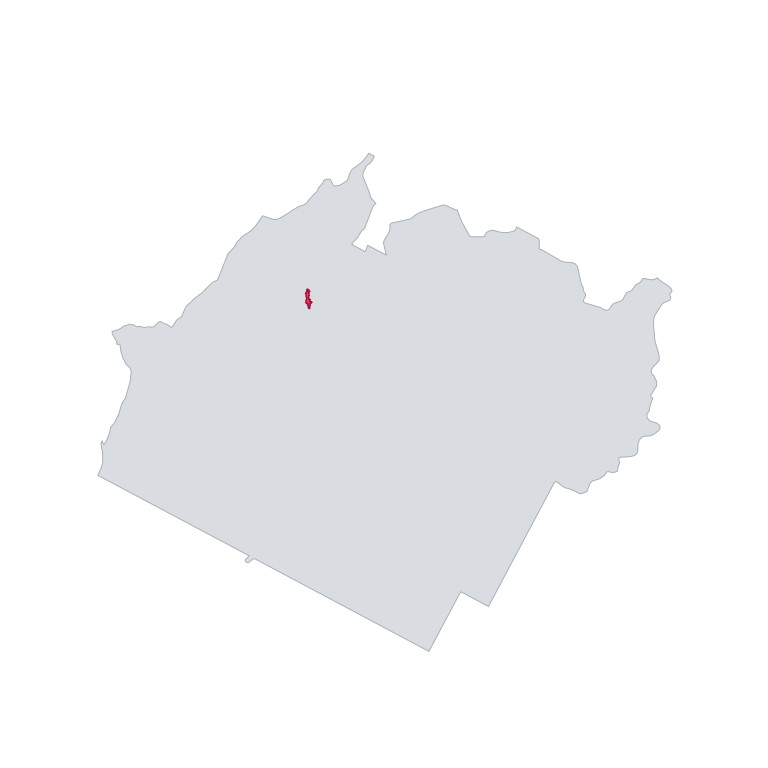 location of Medani Al Kubra, Gezira, Sudan, rotated 208°
{"feature_id": "16777658B51514444411297", "entity_name": "Medani Al Kubra", "entity_type": "district", "adm_level": 2, "iso_a3": "SDN", "parent_name": "Sudan", "parent_adm1": "Gezira", "projection": "mercator", "projection_center": [33.605, 14.33], "detail": "fine", "context": "in_parent", "style": "filled", "palette": "rose", "viewbox_px": 768, "rotation_deg": 208, "n_neighbors": 0, "source": "geoboundaries", "source_scale": "gbopen_adm2", "svg_char_len": 5357}
<svg xmlns="http://www.w3.org/2000/svg" viewBox="0 0 768 768"><g transform="rotate(208 384 384)"><path d="M505.8,580.6L499.9,580.6L499.2,579.2L499.3,575.3L500.0,572.4L502.1,567.8L501.6,565.3L501.9,561.7L500.4,557.6L486.2,545.7L483.5,542.5L475.9,539.5L477.2,536.1L474.1,511.8L475.6,509.0L476.0,504.8L476.0,501.0L477.8,494.8L478.0,492.1L463.0,491.9L462.8,494.6L463.5,497.6L463.5,498.8L442.5,498.9L450.9,508.5L451.3,512.6L450.8,517.9L450.9,521.2L451.4,523.4L453.6,527.7L453.5,528.5L453.0,529.5L438.1,542.2L435.6,548.0L433.7,551.1L429.3,556.3L415.8,569.8L413.6,570.7L403.2,571.2L402.2,571.5L401.4,572.1L401.0,572.0L392.1,564.1L377.2,554.5L367.4,559.5L364.7,561.3L364.7,565.9L363.2,568.2L360.5,570.8L353.3,572.4L349.5,573.8L345.0,576.4L340.5,580.7L340.2,582.9L340.7,584.9L315.6,584.9L314.0,583.3L310.3,576.1L307.8,576.6L284.9,575.7L281.6,576.5L275.1,579.4L271.8,579.9L268.4,578.6L256.3,564.5L253.7,562.8L251.0,559.4L248.4,558.0L247.6,556.9L247.3,555.4L247.4,552.3L246.5,550.4L244.6,549.9L228.5,553.2L226.1,552.8L222.7,553.4L221.6,554.0L220.2,555.8L220.0,559.7L219.6,561.6L218.3,563.7L213.7,568.5L212.7,570.6L212.9,575.9L212.6,578.5L211.9,579.7L209.9,581.8L209.2,582.9L208.4,589.6L205.8,593.7L205.3,595.1L205.1,598.1L204.7,599.0L197.4,601.3L194.7,602.8L193.0,605.1L192.6,606.0L189.4,605.2L185.5,604.6L177.8,603.9L174.8,602.8L173.3,601.2L173.8,597.2L173.0,596.3L171.8,595.6L171.0,593.8L171.2,591.7L175.2,587.0L176.0,584.5L177.1,572.7L176.8,569.1L173.6,562.4L166.2,551.0L164.5,548.7L155.3,539.3L154.2,537.9L152.0,533.9L154.4,525.1L154.6,522.7L153.9,520.2L151.6,518.3L149.6,518.1L146.8,515.8L145.1,514.7L143.5,512.7L142.4,509.8L143.2,499.4L142.6,498.1L140.3,497.7L139.8,496.9L139.8,495.0L138.6,489.1L137.2,484.2L137.9,481.5L136.0,477.8L132.2,476.2L124.9,477.4L122.6,477.2L121.0,476.6L119.9,475.2L119.3,473.6L119.9,471.2L121.9,466.8L124.5,463.2L129.8,459.9L131.2,458.1L132.0,456.2L132.2,453.9L131.8,451.5L131.2,449.4L129.7,446.5L128.2,443.2L128.2,440.9L128.9,439.3L130.3,437.3L135.6,433.5L140.9,430.3L141.8,429.1L141.5,427.8L139.0,425.2L138.3,420.0L136.9,416.5L139.6,413.8L141.6,412.8L144.8,412.0L146.0,410.9L146.4,408.7L146.3,406.7L147.4,405.1L148.9,401.9L150.1,400.4L154.3,396.5L155.2,394.0L155.4,391.6L154.3,384.4L156.7,381.4L159.7,378.8L164.1,379.0L170.8,378.5L175.4,377.4L178.7,377.5L186.2,378.8L187.0,378.2L187.4,376.3L187.3,236.6L218.4,236.6L218.8,236.3L218.8,169.0L415.3,169.0L416.9,168.8L420.0,162.4L421.3,162.0L423.3,162.3L424.0,163.8L422.4,169.0L593.8,169.0L594.2,176.7L595.6,182.9L600.5,191.7L604.6,196.5L606.1,199.1L606.2,200.3L606.0,201.4L604.8,200.1L602.7,199.2L602.4,203.4L603.3,211.8L605.1,217.7L603.8,223.1L604.0,232.4L606.2,243.4L605.7,250.4L609.3,266.8L612.8,275.9L614.7,278.1L616.8,279.3L620.9,280.1L627.0,284.7L631.8,289.5L633.5,292.1L635.8,294.9L637.4,294.4L638.4,293.6L639.9,295.9L647.5,300.7L648.7,303.0L645.9,305.2L642.8,309.0L641.2,312.5L640.4,313.6L637.9,315.8L637.4,316.9L636.3,317.6L635.2,317.6L632.6,318.8L630.2,318.4L627.9,319.1L627.0,319.9L625.1,320.7L622.6,321.1L618.6,324.0L615.2,325.5L614.0,326.7L612.2,332.6L610.9,334.2L605.7,334.3L603.2,334.8L599.8,334.2L598.2,334.3L597.8,335.5L597.1,340.6L597.2,342.8L594.4,348.6L595.2,359.4L592.4,367.4L592.0,369.3L589.2,375.7L587.8,378.1L584.2,390.0L582.8,393.6L579.8,397.5L582.9,426.0L580.4,434.8L580.5,439.5L578.7,446.5L577.3,449.8L575.0,453.7L573.1,458.0L571.4,463.8L570.3,474.7L569.8,475.7L560.7,477.0L557.9,477.8L556.0,479.0L553.6,481.8L549.0,489.4L546.6,494.1L542.8,500.5L538.4,505.0L537.4,507.2L536.7,511.3L535.1,517.8L533.6,522.4L533.9,526.1L532.5,532.5L532.7,535.7L531.1,537.4L529.0,539.0L527.6,539.5L521.3,535.2L516.9,538.1L514.1,542.3L512.0,546.5L513.2,555.3L513.1,557.3L512.5,559.4L508.3,568.1L507.1,572.0L505.8,579.0L505.8,580.6Z" fill="#d9dde1" stroke="#a8b0b8" stroke-width="1"/><path d="M493.1,431.0L493.5,431.1L493.8,431.1L494.5,431.1L494.8,431.9L495.6,431.9L496.1,431.7L496.4,431.5L496.3,431.0L496.3,430.5L495.5,430.6L495.2,430.5L495.1,430.3L495.0,429.9L495.0,429.6L495.2,429.4L495.6,429.0L495.8,428.3L495.8,427.9L495.8,427.4L495.7,427.1L495.4,427.2L495.2,426.9L495.0,426.6L494.6,426.0L494.4,425.8L494.3,425.6L494.2,425.4L494.0,425.1L493.6,424.6L493.3,424.5L492.9,423.8L492.8,423.7L492.6,423.5L492.4,423.1L492.3,422.9L492.2,422.5L492.0,422.3L492.0,422.1L492.2,421.8L492.2,421.7L492.1,421.3L491.9,421.0L491.9,420.7L491.7,420.2L491.2,419.7L491.2,419.3L491.0,419.0L490.5,418.9L490.0,419.0L488.8,419.2L488.6,418.7L488.7,417.9L488.4,417.8L488.0,417.5L487.3,417.3L487.2,417.1L487.1,416.8L487.0,416.5L486.8,416.1L486.3,416.3L486.2,416.2L486.1,415.6L485.8,415.4L485.1,415.8L485.5,416.7L485.8,417.4L485.9,417.6L486.1,418.2L486.3,418.8L486.2,419.0L486.4,419.4L486.6,419.9L486.8,420.2L486.8,420.4L486.7,420.6L486.4,420.9L486.5,421.0L486.5,421.3L486.4,421.6L486.1,422.3L486.9,422.5L487.6,422.3L487.9,422.3L488.0,422.2L488.2,421.8L488.4,421.7L488.5,421.8L488.3,422.2L488.3,422.5L488.4,422.8L488.6,423.0L488.6,423.4L488.6,423.6L488.8,423.6L489.0,423.6L489.1,423.8L489.3,423.9L489.5,424.0L489.6,423.8L489.6,423.6L489.5,423.4L490.1,423.4L490.3,423.5L490.5,423.6L490.6,424.2L490.8,424.5L491.0,424.7L491.5,425.3L491.7,425.9L491.8,426.4L491.7,426.6L491.5,426.9L491.6,427.0L491.8,427.0L492.3,427.6L492.5,427.8L492.7,428.3L492.8,428.8L492.7,428.9L492.8,429.1L493.0,429.2L493.4,429.7L493.5,430.2L493.3,430.6L493.2,430.8L493.1,431.0Z" fill="#f43f5e" stroke="#9f1239" stroke-width="1.5"/></g></svg>